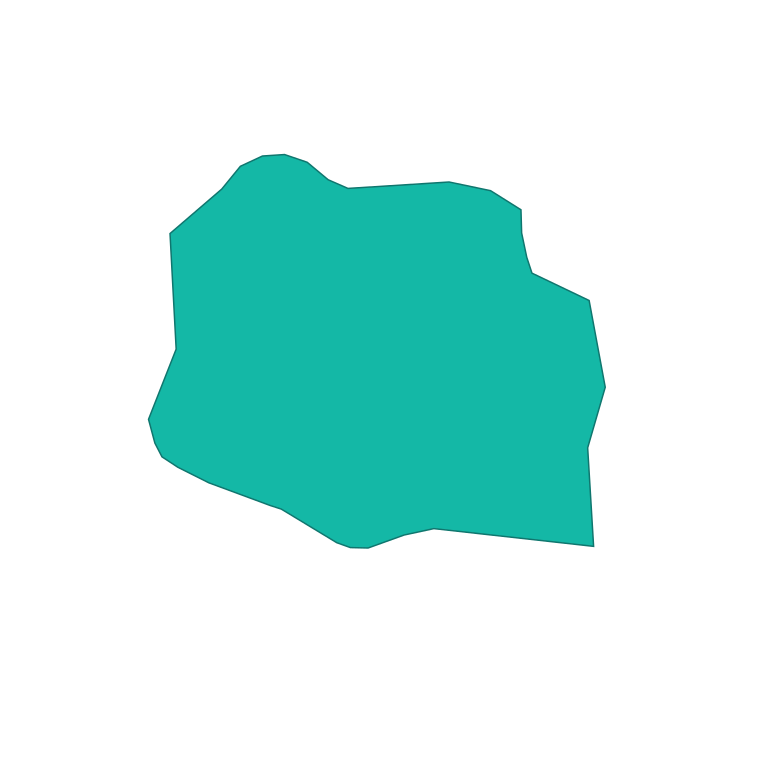 Duplek, orthographic projection, rotated 320°
{"feature_id": "SVN-948", "entity_name": "Duplek", "entity_type": "Municipality", "adm_level": 1, "iso_a3": "SVN", "parent_name": "Slovenia", "parent_adm1": "", "projection": "orthographic", "projection_center": [15.768, 46.508], "detail": "fine", "context": "isolated", "style": "filled", "palette": "teal", "viewbox_px": 768, "rotation_deg": 320, "n_neighbors": 0, "source": "natural_earth", "source_scale": "10m", "svg_char_len": 555}
<svg xmlns="http://www.w3.org/2000/svg" viewBox="0 0 768 768"><g transform="rotate(320 384 384)"><path d="M218.7,403.9L186.3,347.1L172.6,315.4L167.1,297.1L170.5,282.0L180.9,259.7L247.2,223.7L316.8,131.2L385.0,130.4L413.9,124.9L437.4,131.2L455.3,144.3L467.7,164.8L472.5,191.6L482.1,211.0L563.7,271.1L589.9,304.4L600.9,338.6L586.5,356.8L574.8,378.7L568.6,394.2L594.8,451.9L551.4,528.7L499.0,563.8L440.2,643.1L329.2,526.8L302.3,512.6L266.4,499.4L253.1,487.7L245.8,475.2L224.9,413.8L218.7,403.9Z" fill="#14b8a6" stroke="#0f766e" stroke-width="1.5"/></g></svg>